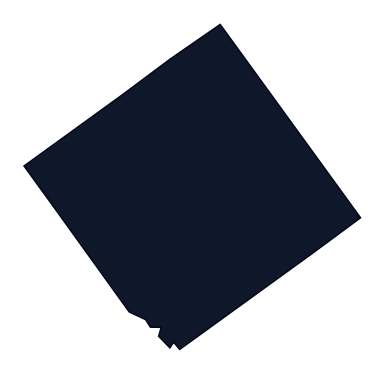 the district of Washington, Iowa, United States of America, rotated 144°
{"feature_id": "52423323B53294458303473", "entity_name": "Washington", "entity_type": "district", "adm_level": 2, "iso_a3": "USA", "parent_name": "United States of America", "parent_adm1": "Iowa", "projection": "equal_earth", "projection_center": [-91.625, 41.337], "detail": "fine", "context": "isolated", "style": "filled", "palette": "ink", "viewbox_px": 384, "rotation_deg": 144, "n_neighbors": 0, "source": "geoboundaries", "source_scale": "gbopen_adm2", "svg_char_len": 355}
<svg xmlns="http://www.w3.org/2000/svg" viewBox="0 0 384 384"><g transform="rotate(144 192 192)"><path d="M191.4,311.6L312.6,311.8L312.7,251.7L313.3,131.8L304.6,116.1L305.1,107.1L296.5,100.6L303.8,94.9L301.5,78.9L295.2,81.3L294.5,71.9L132.1,71.6L70.8,72.1L70.7,311.0L131.3,312.4L191.4,311.6Z" fill="#0f172a" stroke="#020617" stroke-width="1.5"/></g></svg>